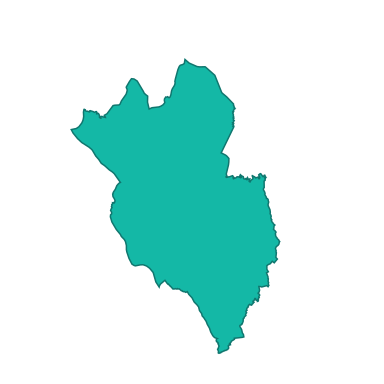 Lam Plai Mat, Buri Ram, Thailand (Robinson projection), rotated 132°
{"feature_id": "78962969B20413411154684", "entity_name": "Lam Plai Mat", "entity_type": "district", "adm_level": 2, "iso_a3": "THA", "parent_name": "Thailand", "parent_adm1": "Buri Ram", "projection": "robinson", "projection_center": [102.861, 15.019], "detail": "fine", "context": "isolated", "style": "filled", "palette": "teal", "viewbox_px": 384, "rotation_deg": 132, "n_neighbors": 0, "source": "geoboundaries", "source_scale": "gbopen_adm2", "svg_char_len": 6010}
<svg xmlns="http://www.w3.org/2000/svg" viewBox="0 0 384 384"><g transform="rotate(132 192 192)"><path d="M226.4,323.5L227.8,319.7L228.9,312.7L229.0,307.0L227.6,298.6L227.5,295.4L227.6,294.1L229.7,287.5L230.2,283.1L231.4,278.6L230.9,274.7L230.9,268.3L230.4,264.6L230.4,262.1L232.8,251.6L233.6,252.0L235.4,252.2L237.6,252.1L241.3,250.8L244.3,250.4L245.6,250.0L246.0,249.5L246.6,249.6L248.3,247.6L249.0,245.2L250.0,243.3L251.9,242.4L252.4,242.6L252.5,243.4L253.2,243.3L253.3,243.7L253.8,243.2L255.1,243.2L255.4,242.6L256.9,242.0L257.1,241.0L258.8,240.7L260.2,240.1L260.8,238.2L262.1,237.1L263.5,237.2L265.1,236.0L267.9,231.4L270.5,223.2L271.5,216.7L272.3,214.8L272.6,210.5L273.4,208.2L275.7,204.9L278.8,202.1L280.1,200.4L283.5,194.4L285.8,188.3L285.3,185.7L284.7,184.6L280.8,181.7L278.8,179.7L277.4,176.3L277.0,172.5L277.8,167.0L283.0,158.7L284.6,152.8L283.5,153.4L281.4,153.8L275.7,153.0L276.5,149.6L276.6,148.1L276.2,147.9L276.6,145.8L276.4,145.6L276.8,141.2L276.5,141.1L276.1,140.4L274.9,139.7L274.7,138.8L273.5,138.2L273.6,137.6L272.5,136.7L272.5,133.8L272.0,133.4L272.1,132.5L271.7,131.5L271.2,131.2L270.7,129.4L269.2,128.9L270.2,125.9L270.6,121.2L272.3,116.7L272.5,112.9L273.0,110.2L275.1,107.1L275.9,103.5L277.3,101.5L277.5,99.3L278.7,94.8L280.1,92.1L281.5,87.9L283.5,84.4L284.9,80.3L285.1,77.9L284.1,75.3L284.5,75.5L285.1,75.3L286.4,74.4L286.4,74.0L286.8,73.5L286.5,72.5L286.8,71.3L287.3,71.3L288.4,68.8L289.7,68.4L290.7,67.8L291.7,67.8L292.7,65.7L294.0,64.8L293.8,64.0L292.5,63.5L292.4,63.1L291.8,63.0L291.3,63.2L290.2,62.4L288.9,62.1L288.4,61.6L287.8,61.6L287.1,60.8L286.4,60.8L285.3,60.1L283.4,60.3L282.1,62.1L281.3,61.8L280.1,62.4L280.2,61.6L279.8,61.2L278.6,62.6L277.5,62.5L276.6,62.9L273.1,61.9L272.4,62.7L266.3,57.3L265.0,56.5L263.5,58.4L263.0,60.3L261.0,63.1L259.9,66.5L259.4,67.0L258.6,67.0L257.6,66.4L256.8,66.4L256.5,66.8L256.1,66.6L254.0,67.4L251.7,69.2L251.1,68.9L249.7,69.5L247.7,69.3L247.3,70.1L246.2,70.6L245.2,70.6L244.8,71.9L244.0,72.3L243.5,72.1L243.3,72.3L243.1,72.1L242.6,72.9L241.8,73.4L239.9,73.3L239.6,73.8L238.6,73.8L238.4,74.2L236.9,74.0L236.5,72.3L236.1,72.0L235.1,72.3L234.8,72.1L233.8,72.1L233.4,72.5L232.6,72.1L232.4,72.5L232.5,73.4L232.4,73.6L231.1,73.3L229.1,74.0L228.7,73.5L229.1,73.3L229.2,72.4L229.5,72.2L229.2,71.0L228.9,71.0L229.2,70.5L228.7,70.5L229.4,70.1L229.0,69.8L227.8,70.3L227.5,71.2L226.7,71.2L226.3,71.6L225.4,71.5L225.2,72.3L223.3,72.7L222.9,73.8L223.2,74.9L222.6,75.3L221.5,75.2L219.7,76.1L217.5,79.1L216.5,77.9L215.9,76.6L211.6,73.8L211.5,72.1L210.9,72.2L210.6,72.5L210.0,72.4L209.3,73.8L207.9,74.6L207.6,75.6L205.4,77.2L205.3,77.9L204.3,78.6L202.2,82.6L200.2,81.9L199.4,84.6L196.6,87.1L194.7,86.7L192.9,85.8L189.8,86.0L189.6,83.5L184.7,83.7L184.5,85.9L180.6,88.7L180.4,89.4L179.2,90.3L178.9,91.0L178.0,92.3L176.2,92.8L174.0,92.4L172.4,92.6L171.2,93.4L170.1,93.7L170.1,94.5L169.6,95.6L169.6,97.6L169.2,98.1L169.0,99.7L168.5,100.6L167.0,102.3L165.6,102.7L165.3,104.0L165.2,106.5L164.2,106.9L162.4,108.3L161.1,108.3L161.2,110.2L160.7,111.6L160.7,112.5L160.3,113.6L159.9,114.1L159.3,114.0L158.8,115.6L158.0,116.5L157.3,116.7L156.5,117.7L155.9,119.4L154.7,120.2L153.0,122.2L151.3,126.1L150.3,127.2L148.1,128.3L147.6,129.4L146.7,130.3L146.4,131.6L147.0,132.3L146.0,133.6L145.2,136.1L144.1,136.8L143.2,138.4L142.6,140.4L141.6,141.2L140.4,141.3L135.7,145.7L134.5,145.5L134.0,145.7L133.5,146.6L132.8,146.5L132.4,147.1L132.5,147.6L132.2,147.6L131.6,147.1L131.5,148.0L130.8,149.0L131.1,149.5L132.7,149.3L133.1,149.6L132.4,153.1L132.7,153.6L134.6,153.9L136.0,151.2L136.8,150.9L137.3,151.0L137.3,151.6L136.6,152.8L138.9,154.1L138.8,155.3L139.5,158.1L139.8,158.0L140.5,156.5L141.4,155.6L143.9,156.0L145.7,155.6L145.9,156.5L145.7,156.9L143.6,157.8L144.8,158.7L144.8,159.1L144.2,160.3L145.3,160.0L145.7,159.4L146.1,159.4L146.2,159.9L145.7,160.5L145.7,160.9L146.9,161.2L147.5,162.4L147.4,162.9L146.7,163.4L146.3,164.2L146.8,166.0L146.8,167.6L148.4,167.1L148.5,166.5L148.0,166.1L147.9,165.5L148.2,165.1L148.8,165.3L149.7,167.7L150.6,168.7L152.2,168.9L154.4,170.1L154.3,170.4L153.1,170.4L153.1,170.7L153.5,170.9L153.6,171.4L152.8,172.0L152.8,172.8L155.9,174.5L156.5,175.2L157.0,175.3L158.1,176.2L158.1,176.7L157.7,177.0L156.8,176.7L155.7,178.6L147.5,183.0L145.1,184.7L142.4,187.0L142.0,190.1L142.1,191.7L143.4,196.5L115.4,204.6L115.3,205.1L115.7,205.1L115.8,205.6L114.7,205.7L114.6,206.3L114.0,206.6L114.2,207.1L113.5,206.9L113.6,207.4L113.2,207.6L113.2,208.2L112.3,207.9L111.6,208.2L111.2,208.9L110.7,208.6L110.5,209.5L110.1,210.2L109.7,210.6L109.4,210.5L109.2,210.9L108.9,210.6L108.6,211.5L108.1,211.5L107.5,212.5L106.8,213.0L106.2,214.4L105.7,214.4L105.5,214.8L105.1,214.8L105.0,215.4L104.7,215.4L104.6,215.0L104.3,214.9L103.4,215.9L102.8,215.9L102.2,216.2L101.8,215.9L101.5,216.3L101.0,216.1L101.0,217.2L100.0,218.3L100.0,218.9L98.8,220.1L98.1,229.8L98.3,235.7L98.1,236.7L90.0,253.1L90.1,265.7L90.3,266.2L93.9,270.0L95.4,272.2L98.1,280.4L98.2,285.9L101.7,283.7L103.5,284.2L105.6,285.5L107.1,285.5L108.4,285.1L110.6,284.3L119.1,280.0L121.3,278.7L121.9,277.8L123.6,276.7L125.3,276.2L128.3,275.7L130.5,274.9L133.8,272.8L135.7,272.0L136.7,271.9L137.3,272.2L137.5,273.9L138.4,274.1L139.0,275.1L141.3,274.7L142.5,273.8L143.6,272.2L144.6,271.9L146.8,271.9L149.1,272.6L150.9,273.5L156.1,278.1L159.0,279.4L155.0,285.2L150.4,289.1L150.6,291.7L150.5,293.8L149.8,295.4L146.2,307.0L146.8,310.7L148.3,312.8L151.8,312.4L157.9,311.1L158.4,310.7L159.1,309.0L160.2,307.9L163.4,306.4L171.6,305.4L174.7,304.3L176.2,304.5L179.2,307.5L180.6,308.5L190.8,307.5L193.7,308.5L194.2,307.9L194.2,306.6L194.5,306.2L195.8,308.5L196.0,309.4L196.5,310.0L197.2,310.2L198.0,309.1L198.3,309.3L198.5,310.6L197.0,312.0L196.3,313.9L196.5,314.7L197.5,314.9L197.7,315.2L196.4,316.2L196.2,316.8L196.7,317.3L198.0,317.7L198.4,319.3L199.7,322.1L200.2,322.3L200.7,321.7L201.2,321.9L201.9,323.7L202.7,324.6L202.9,325.8L202.3,326.3L202.7,327.5L203.0,327.5L205.3,326.1L208.4,323.0L210.1,321.9L211.7,321.0L214.3,320.1L219.2,319.7L222.3,320.5L226.4,323.5Z" fill="#14b8a6" stroke="#0f766e" stroke-width="1.5"/></g></svg>